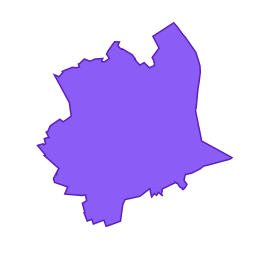 outline of Aramberri, Nuevo León, Mexico, rotated 344°
{"feature_id": "50627088B96452215703720", "entity_name": "Aramberri", "entity_type": "district", "adm_level": 2, "iso_a3": "MEX", "parent_name": "Mexico", "parent_adm1": "Nuevo León", "projection": "orthographic", "projection_center": [-99.903, 24.223], "detail": "fine", "context": "isolated", "style": "filled", "palette": "violet", "viewbox_px": 256, "rotation_deg": 344, "n_neighbors": 0, "source": "geoboundaries", "source_scale": "gbopen_adm2", "svg_char_len": 2764}
<svg xmlns="http://www.w3.org/2000/svg" viewBox="0 0 256 256"><g transform="rotate(344 128 128)"><path d="M138.9,41.4L130.5,48.1L127.7,51.0L129.3,56.0L123.6,57.9L121.0,56.8L121.4,56.0L121.8,55.2L122.1,55.1L122.2,54.9L122.2,54.6L122.5,54.4L122.8,54.2L121.9,54.0L121.5,53.9L115.0,52.6L112.6,53.1L109.8,53.3L105.0,49.6L100.3,52.1L99.9,52.3L99.4,52.6L98.7,52.7L97.9,52.8L97.9,53.4L98.0,54.2L98.2,55.9L96.1,55.9L94.9,55.8L94.8,55.7L91.0,54.3L84.7,55.0L84.0,55.0L83.5,55.1L82.5,55.2L81.7,55.3L80.3,55.5L80.6,56.7L78.9,57.8L78.7,57.9L78.4,58.1L75.9,59.7L71.8,56.5L73.5,64.0L78.6,87.3L76.7,101.0L72.4,102.5L67.5,104.2L64.9,100.8L57.0,103.4L54.0,104.4L52.8,105.7L52.8,105.8L50.1,109.0L48.2,109.4L49.4,115.4L48.1,115.0L44.5,115.3L44.4,120.4L42.5,121.0L42.0,119.8L36.2,119.8L41.2,131.2L39.8,131.3L50.3,147.7L49.5,148.6L49.0,149.1L48.5,149.6L48.3,149.9L48.2,149.9L46.6,151.7L47.0,152.1L46.7,152.6L46.4,153.1L45.8,152.5L42.4,156.1L42.4,159.1L42.4,160.0L52.2,166.9L53.8,168.0L49.0,174.0L49.9,174.4L65.4,180.3L68.8,180.6L68.1,186.5L63.4,187.8L63.3,193.7L63.2,197.4L62.4,197.3L62.7,200.7L62.8,202.6L63.1,206.2L68.0,205.9L68.3,210.8L74.2,210.3L78.4,210.0L79.5,210.0L79.7,213.7L79.8,214.6L79.9,216.5L80.2,216.5L83.3,216.3L88.0,216.0L90.9,215.8L91.0,215.8L92.5,215.7L95.1,215.5L98.9,206.9L99.1,206.5L101.7,200.5L105.3,196.0L115.9,196.6L116.0,196.6L120.2,196.9L120.4,196.9L120.9,196.8L130.7,192.9L131.0,192.8L131.3,192.6L132.3,192.3L132.1,195.1L132.0,195.4L131.7,199.4L131.8,200.8L135.3,198.3L136.2,199.6L136.9,200.6L139.5,198.2L142.6,202.8L142.0,200.3L143.3,198.5L143.6,197.5L144.1,196.0L149.9,195.1L153.5,194.3L154.1,194.1L154.1,194.3L157.7,193.8L158.4,192.9L158.8,193.3L159.3,194.4L160.0,194.5L160.6,195.7L160.7,196.3L161.0,197.6L161.3,198.2L161.8,199.3L162.8,200.3L163.6,200.5L163.5,202.0L164.0,202.4L166.5,201.1L169.1,198.5L168.8,197.4L168.4,196.4L167.7,194.8L167.4,194.0L168.3,192.1L169.3,190.2L169.9,189.1L170.8,188.6L173.4,188.8L177.1,188.9L180.2,188.3L183.6,187.6L186.1,187.2L189.9,185.4L191.6,185.5L193.3,185.6L196.7,185.7L217.0,186.0L217.5,186.0L219.6,185.3L219.8,185.2L212.2,177.6L202.8,168.3L195.2,160.8L195.7,154.9L196.5,144.3L196.8,141.2L197.4,133.0L197.6,131.2L197.8,129.5L199.1,127.3L205.6,110.7L209.9,101.3L212.9,94.3L214.3,88.1L214.3,84.1L214.3,83.3L214.3,83.2L214.1,74.0L208.0,56.3L207.4,55.2L206.3,52.8L206.2,52.5L203.1,44.0L200.9,39.5L194.6,41.4L192.4,42.1L192.1,42.2L189.6,42.9L189.6,43.0L183.1,44.9L181.7,45.3L177.2,46.7L179.9,59.7L170.7,66.8L171.3,70.0L171.2,73.0L170.4,75.4L165.1,75.9L161.5,69.6L156.7,70.8L156.6,70.6L154.7,66.6L153.5,64.1L154.1,63.8L152.1,58.4L151.4,57.9L151.2,57.6L148.8,55.1L148.5,54.7L148.2,54.4L146.2,52.3L146.0,52.1L144.2,50.2L143.2,50.5L140.9,46.2L143.5,42.9L138.9,41.4Z" fill="#8b5cf6" stroke="#5b21b6" stroke-width="1.5"/></g></svg>